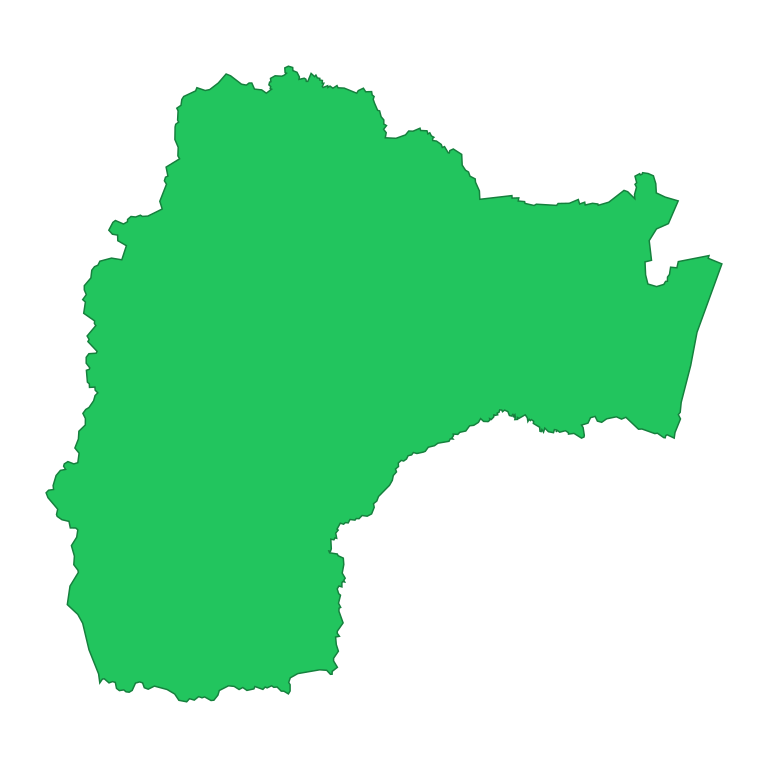 the district of Pak Tho, Ratchaburi, Thailand
{"feature_id": "78962969B58694700043787", "entity_name": "Pak Tho", "entity_type": "district", "adm_level": 2, "iso_a3": "THA", "parent_name": "Thailand", "parent_adm1": "Ratchaburi", "projection": "robinson", "projection_center": [99.695, 13.356], "detail": "fine", "context": "isolated", "style": "filled", "palette": "green", "viewbox_px": 768, "rotation_deg": 0, "n_neighbors": 0, "source": "geoboundaries", "source_scale": "gbopen_adm2", "svg_char_len": 5979}
<svg xmlns="http://www.w3.org/2000/svg" viewBox="0 0 768 768"><path d="M721.9,263.9L708.2,258.3L709.0,255.6L678.3,261.6L676.9,267.8L670.6,267.2L669.5,274.4L667.5,277.1L667.4,281.3L665.6,281.4L663.8,284.4L656.6,286.6L647.9,284.0L645.6,274.9L645.0,261.9L651.5,260.3L649.2,240.6L656.5,228.9L668.4,223.6L678.2,200.9L665.2,197.1L656.3,192.9L655.8,183.7L653.4,175.8L648.1,173.5L642.6,172.7L642.0,174.3L640.3,174.9L639.7,173.7L635.0,176.2L636.7,182.8L635.0,184.3L636.5,187.2L634.5,194.6L634.8,198.7L627.7,191.7L624.0,190.4L608.8,202.2L598.2,205.3L597.9,204.0L592.5,203.3L585.2,205.0L584.7,202.2L579.6,204.0L578.3,199.5L569.3,203.3L558.1,203.5L556.6,205.4L536.3,204.2L534.1,205.5L525.0,203.4L524.6,201.6L518.2,201.0L518.8,197.9L512.1,198.1L511.9,195.6L479.8,199.3L479.4,190.9L475.5,182.2L475.2,178.9L470.0,176.2L468.5,172.0L465.5,170.2L462.2,165.1L461.7,154.4L453.3,149.0L449.8,150.6L449.3,152.9L448.2,152.8L444.5,146.6L442.3,147.5L441.3,144.5L436.5,141.1L432.7,140.5L432.6,138.5L433.9,137.3L431.4,135.9L429.8,132.8L427.9,133.9L427.0,130.8L420.6,130.5L420.0,128.2L413.0,131.2L408.7,131.0L405.5,134.9L396.0,138.3L385.3,137.8L386.2,132.7L383.6,129.3L386.5,125.6L383.8,124.0L383.8,119.9L381.1,116.7L379.6,110.9L377.6,110.3L374.5,103.1L373.2,99.3L374.1,96.5L372.2,95.0L371.6,91.6L365.7,91.8L363.4,88.2L358.3,90.6L356.7,93.2L344.2,88.1L338.0,87.8L337.0,85.6L332.9,88.2L330.0,86.1L327.9,87.5L327.7,85.7L323.1,87.5L322.3,86.4L323.8,83.2L322.2,83.2L322.4,80.5L319.7,80.0L319.8,78.4L317.3,77.9L315.9,75.1L314.6,76.6L311.1,73.4L307.8,81.4L306.3,81.4L305.9,79.2L304.2,78.2L299.0,79.4L299.4,77.0L297.0,72.3L292.9,70.6L292.7,67.5L288.4,66.2L284.8,67.9L285.1,72.6L286.5,73.2L284.5,75.0L281.9,76.2L275.1,75.8L270.5,78.4L270.9,81.7L269.6,82.1L268.9,84.9L270.7,86.5L270.2,88.6L271.6,89.2L266.3,93.2L261.7,89.9L254.5,89.1L251.8,83.0L249.1,83.0L246.4,85.1L241.5,84.2L230.6,75.8L226.1,74.0L218.3,83.0L209.7,89.6L205.2,90.5L196.9,87.7L195.6,90.9L183.7,96.5L181.8,99.5L181.0,105.3L176.8,108.2L178.1,110.8L177.6,120.1L178.6,122.1L175.7,124.3L175.1,127.0L174.9,139.5L178.2,147.3L177.9,155.9L179.6,158.8L166.1,167.1L167.9,176.1L165.5,177.2L164.4,180.8L166.5,184.2L159.8,201.3L162.2,209.0L147.8,216.1L142.3,216.4L140.4,215.2L135.6,217.0L131.0,216.5L127.6,219.4L127.5,221.7L123.5,224.0L115.4,220.5L112.9,222.4L108.8,230.2L112.4,234.2L117.6,235.1L117.8,240.7L126.4,245.7L121.8,259.8L111.5,258.1L99.9,261.2L97.9,265.2L94.5,266.7L91.8,270.2L90.9,277.9L84.3,285.7L84.3,289.9L86.3,294.6L82.7,299.6L85.4,302.0L83.7,313.3L94.6,320.9L94.4,323.5L95.8,325.6L87.1,336.0L89.1,339.4L87.9,341.6L97.1,351.4L96.2,353.2L88.9,353.7L86.2,357.3L86.2,363.2L89.8,367.9L89.3,369.3L86.4,370.3L87.4,382.1L89.3,383.8L89.5,387.4L94.9,387.1L95.2,390.2L97.8,392.9L95.1,395.5L93.6,400.8L89.0,407.5L85.7,409.5L82.9,413.4L85.4,418.5L85.3,425.0L78.9,431.2L78.4,439.0L74.9,448.0L79.1,453.2L77.8,462.7L73.8,463.9L67.9,461.6L64.3,463.9L63.6,466.2L65.6,469.4L60.4,470.4L56.1,475.5L53.1,485.6L53.6,489.5L48.6,490.2L46.1,492.8L48.0,497.7L57.7,509.2L56.5,514.5L57.2,516.4L61.9,519.7L69.0,521.4L70.3,527.9L75.7,528.0L77.8,529.8L76.7,537.2L71.4,545.6L74.4,556.1L73.8,564.7L78.0,570.3L78.3,572.5L70.0,586.1L67.3,604.6L77.8,614.4L82.7,623.3L89.0,649.8L98.6,673.9L99.8,682.9L102.4,679.1L104.3,678.8L109.0,682.9L112.5,681.6L115.3,682.4L116.5,688.4L119.4,690.6L123.8,689.9L126.0,691.8L129.2,692.2L132.2,690.4L135.5,683.1L139.7,681.9L142.6,682.9L144.3,687.7L148.2,689.2L154.4,686.1L167.1,689.5L174.7,694.0L178.9,700.3L186.7,701.8L189.5,698.7L194.3,700.1L198.7,696.6L202.0,697.8L204.6,696.9L211.0,700.5L213.9,700.2L217.9,695.2L219.3,690.5L228.5,685.8L234.2,686.4L239.1,689.5L242.8,687.5L246.9,690.4L253.9,688.9L254.9,686.5L262.9,689.4L265.2,687.0L267.1,687.9L271.6,685.8L273.8,687.3L277.1,687.0L281.2,691.1L283.9,691.2L288.4,693.9L290.1,691.0L290.1,684.7L288.7,682.4L290.3,677.8L297.8,673.6L319.7,669.8L326.7,670.3L330.4,674.3L332.1,674.2L332.2,671.4L337.4,667.3L333.6,661.0L333.6,658.2L338.4,651.2L336.3,644.6L335.6,637.0L339.4,636.3L337.2,633.2L337.3,631.2L343.1,622.9L338.9,611.2L339.1,608.1L340.7,607.4L338.5,603.2L340.5,595.2L338.7,593.7L337.2,588.9L338.9,586.0L341.9,586.9L341.9,582.8L342.6,581.6L344.7,582.0L343.8,580.2L345.2,578.2L342.2,573.1L343.8,564.5L343.3,558.1L338.1,555.7L337.3,554.0L329.6,552.8L328.9,551.0L330.5,551.3L331.3,548.8L330.8,539.2L333.9,539.8L335.0,537.9L336.7,538.3L335.7,533.1L338.2,530.1L337.0,529.1L340.3,523.2L343.6,524.2L345.4,522.6L348.2,522.9L350.0,519.5L355.0,520.1L356.3,518.5L359.0,518.7L362.1,515.5L367.2,516.2L371.6,513.9L374.2,507.4L373.5,503.7L376.8,501.0L378.5,496.5L389.5,485.3L392.3,480.4L393.3,475.5L396.5,471.9L395.5,469.0L398.5,466.5L398.3,463.0L401.2,460.4L403.7,461.0L406.5,459.0L408.1,455.7L411.6,454.9L413.4,452.5L416.9,453.5L423.3,452.1L425.3,451.3L428.3,447.2L434.5,445.7L437.9,443.2L449.0,441.3L450.3,438.8L453.0,439.0L452.0,437.8L453.5,435.7L453.2,434.1L457.8,434.4L459.8,432.3L465.8,431.0L469.6,425.8L473.8,425.3L478.4,422.4L480.6,418.6L483.6,421.4L488.1,421.6L489.8,420.2L489.6,418.6L491.3,419.5L493.7,417.0L493.9,414.2L494.3,415.5L497.7,414.8L497.2,413.1L499.0,412.3L499.7,409.9L501.8,410.1L502.5,411.7L504.6,410.1L507.9,411.6L509.4,415.5L511.5,416.0L512.9,414.4L513.7,415.9L514.9,414.6L515.2,416.4L513.7,416.8L515.2,417.5L514.8,419.6L517.6,419.4L517.5,417.5L518.9,418.4L525.2,414.8L527.3,417.8L527.9,421.5L529.2,419.3L530.3,420.6L531.4,419.6L533.7,421.3L533.3,423.4L539.6,427.2L540.0,431.3L541.2,431.6L541.9,429.6L543.5,432.2L544.8,428.1L548.4,431.7L553.5,432.7L554.4,429.6L556.3,429.9L556.3,432.0L557.1,430.3L559.7,432.2L565.4,430.7L568.3,432.6L568.5,434.1L574.0,433.4L581.5,438.1L584.0,437.0L584.3,435.4L583.1,427.5L581.5,425.1L588.0,423.1L590.5,417.7L595.1,416.4L597.4,421.1L601.7,422.3L606.7,418.8L616.4,416.8L621.5,419.1L625.9,417.3L638.5,429.2L642.0,429.0L654.8,433.6L657.4,433.2L663.7,437.6L665.2,437.8L665.8,435.5L667.2,434.8L674.2,438.1L675.0,432.5L680.5,418.9L678.3,414.6L680.2,412.3L681.2,402.4L690.7,365.5L697.0,332.3L721.9,263.9Z" fill="#22c55e" stroke="#15803d" stroke-width="1.5"/></svg>